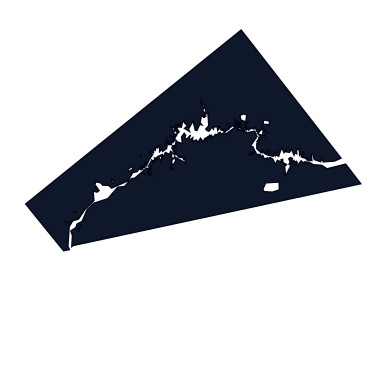 outline of Zemam Out, Al Wadi at Jadid, Egypt, rotated 232°
{"feature_id": "37247803B74353300773864", "entity_name": "Zemam Out", "entity_type": "district", "adm_level": 2, "iso_a3": "EGY", "parent_name": "Egypt", "parent_adm1": "Al Wadi at Jadid", "projection": "albers", "projection_center": [32.566, 23.653], "detail": "fine", "context": "isolated", "style": "filled", "palette": "ink", "viewbox_px": 384, "rotation_deg": 232, "n_neighbors": 0, "source": "geoboundaries", "source_scale": "gbopen_adm2", "svg_char_len": 6150}
<svg xmlns="http://www.w3.org/2000/svg" viewBox="0 0 384 384"><g transform="rotate(232 192 192)"><path d="M240.6,85.9L244.2,96.9L245.7,109.4L253.7,114.7L250.4,117.1L250.4,119.6L257.8,119.9L259.2,122.5L255.6,125.7L252.4,125.9L248.3,130.6L244.7,131.0L240.2,148.4L243.9,157.2L241.8,161.4L243.0,165.1L240.9,165.5L241.0,166.0L242.1,165.5L242.8,166.2L241.0,167.0L244.3,168.2L240.8,167.7L242.2,168.8L239.8,170.0L242.0,170.0L241.1,172.0L243.1,171.7L244.3,171.9L241.8,172.2L244.7,174.4L241.1,172.8L243.6,177.9L244.5,177.4L245.2,177.8L243.9,178.3L245.7,183.8L249.4,182.1L250.2,184.7L248.0,183.8L246.6,185.8L249.4,188.2L247.6,188.9L249.8,191.0L248.1,191.9L249.1,193.2L246.8,193.6L249.2,195.6L243.8,191.4L244.2,194.7L242.2,194.0L241.9,198.7L244.0,201.0L246.4,199.3L244.8,201.4L247.9,201.9L244.8,203.2L251.6,205.8L244.5,204.8L243.7,202.9L242.2,205.3L246.3,207.7L242.8,207.6L243.6,210.5L245.9,209.3L244.2,210.9L245.2,211.9L250.2,208.4L247.3,210.9L248.0,212.6L245.4,212.4L246.6,215.5L249.5,212.9L251.2,216.4L252.7,214.8L256.3,215.7L253.2,217.4L247.1,216.5L247.4,219.0L252.8,218.7L255.8,222.0L253.4,220.5L254.1,222.2L253.4,223.5L252.8,220.0L251.4,219.7L252.7,223.5L251.1,222.1L249.7,223.5L253.1,227.6L252.9,230.4L251.3,228.7L246.9,229.3L246.7,225.3L241.5,227.3L243.7,227.8L247.5,236.7L238.7,232.7L237.5,233.8L240.6,239.8L238.8,241.1L241.7,241.1L246.4,246.4L243.4,247.4L243.3,249.5L245.1,248.0L245.0,250.8L250.2,250.6L250.7,252.8L257.8,254.2L259.5,257.2L256.5,254.6L253.0,255.2L244.8,251.7L244.3,255.4L244.2,253.1L233.8,246.0L233.0,241.0L232.4,242.8L231.2,241.7L229.5,242.8L230.8,247.7L228.4,247.7L229.8,249.1L226.8,254.1L227.3,251.7L224.8,250.3L226.2,254.8L223.2,254.5L224.2,254.0L223.6,252.9L220.9,254.5L222.2,257.0L220.5,254.5L219.2,255.9L218.9,259.9L224.5,262.2L222.9,263.8L219.4,260.5L219.1,267.2L217.9,265.6L216.9,267.8L219.0,268.0L218.4,269.4L220.2,269.0L220.0,270.7L220.7,269.8L223.1,270.0L222.8,270.6L219.7,270.7L219.2,269.4L217.4,270.7L218.0,268.2L215.9,267.8L215.8,271.5L216.2,271.4L217.5,272.2L218.3,273.4L218.2,274.0L215.8,272.7L216.5,272.0L215.6,271.4L215.5,269.4L215.0,268.4L214.6,269.7L215.1,271.0L214.9,271.3L214.3,268.9L212.6,271.7L213.3,269.4L208.2,271.5L212.1,275.3L213.1,279.6L211.1,274.8L207.3,273.1L207.7,276.2L206.0,274.9L205.5,278.9L203.7,279.2L204.7,283.0L203.9,280.3L200.8,281.9L200.5,280.3L197.8,280.7L198.7,284.9L196.8,286.4L199.8,286.3L200.0,288.4L199.7,286.7L195.7,288.0L196.7,286.5L195.1,284.3L192.5,288.0L192.7,285.0L190.1,283.9L194.1,283.6L193.2,282.7L196.6,279.9L192.8,280.3L193.9,278.4L190.8,278.2L192.8,277.4L192.0,275.5L189.8,276.9L191.6,274.3L188.7,274.4L190.2,272.9L186.1,269.7L180.9,270.6L180.3,271.3L182.0,272.8L181.6,273.7L179.5,271.7L178.4,274.5L177.6,273.0L174.9,274.3L178.4,275.7L176.8,275.8L178.0,278.4L176.6,278.5L176.2,275.6L174.8,277.0L174.3,274.7L170.2,278.0L171.7,279.6L169.6,279.8L173.2,282.1L170.8,281.6L170.9,284.0L169.1,281.2L166.9,282.3L171.9,290.1L166.4,288.8L167.5,292.3L165.9,290.8L163.3,293.2L164.6,296.8L158.3,295.2L159.8,297.8L157.9,298.1L160.8,300.2L160.2,303.0L154.8,299.6L155.2,300.9L153.0,300.7L154.8,303.8L152.7,303.8L152.3,299.9L148.4,302.3L149.6,304.1L146.9,302.4L146.5,304.9L145.7,303.1L143.0,305.8L148.6,309.5L147.9,310.8L142.3,308.4L136.8,312.0L138.5,314.8L135.0,314.0L128.7,323.4L127.0,330.2L289.3,330.4L284.9,53.6L224.8,54.7L222.2,59.9L225.6,60.7L240.4,73.9L242.8,80.3L240.6,85.9ZM218.9,274.8L222.9,277.1L221.9,280.8L218.8,282.6L214.1,277.4L218.9,274.8ZM201.7,289.6L204.7,292.8L200.4,296.8L197.3,294.5L201.7,289.6ZM249.4,159.9L246.4,160.0L247.0,154.9L249.0,154.9L249.4,159.9ZM251.1,136.2L249.0,137.3L248.0,135.5L249.7,134.5L251.1,136.2ZM251.2,173.0L253.1,174.3L250.9,174.0L251.2,173.0ZM247.1,74.5L244.9,74.2L246.4,73.4L247.1,74.5ZM248.7,86.3L247.8,88.4L247.2,87.1L248.7,86.3ZM243.8,76.6L242.8,77.7L242.7,76.8L243.8,76.6ZM254.6,117.8L254.9,118.9L254.2,118.4L254.6,117.8ZM223.1,63.8L223.1,65.3L94.7,330.0L119.3,330.2L127.1,312.7L133.1,310.6L138.8,304.4L143.5,302.5L146.6,299.0L145.4,297.4L149.3,297.2L147.8,291.3L149.4,290.3L150.0,292.9L152.0,293.0L151.9,290.9L154.1,291.7L154.2,288.2L156.7,291.8L158.6,290.7L158.5,288.7L154.9,287.9L154.2,285.6L152.0,286.4L146.8,275.4L155.2,280.7L155.4,283.3L159.5,281.7L161.9,283.5L162.5,282.0L160.0,281.4L164.2,278.7L162.3,274.7L168.5,275.8L171.3,274.4L170.6,271.9L172.4,272.5L173.4,269.3L177.2,270.2L178.1,266.4L179.6,268.9L181.8,265.9L184.4,266.7L184.8,261.4L186.7,260.1L185.3,266.6L190.3,267.8L192.1,265.9L195.8,277.3L201.4,278.7L204.6,272.1L211.8,268.1L212.1,266.2L213.6,267.8L216.4,265.9L216.7,255.1L214.6,252.9L218.8,254.5L219.5,250.7L221.7,250.8L222.2,248.8L219.1,245.9L221.2,247.6L222.9,246.0L222.1,241.9L225.3,242.3L222.6,240.5L225.5,240.8L224.1,239.1L225.6,239.5L225.9,236.3L223.7,235.1L226.1,234.9L224.8,231.6L229.1,231.8L227.3,227.2L230.3,227.4L231.4,223.5L234.3,225.9L234.1,222.9L236.0,222.6L237.8,225.9L236.8,220.6L239.3,219.6L240.5,221.9L243.0,221.9L241.9,217.8L236.0,214.2L239.7,211.8L238.0,211.0L239.4,209.5L240.8,211.2L242.2,211.2L239.0,207.5L240.2,205.2L235.9,207.5L239.5,204.8L237.5,203.8L239.8,203.5L234.6,202.4L234.4,205.1L232.7,204.0L233.8,201.1L231.9,201.2L231.0,203.2L227.8,203.0L227.0,205.5L225.8,205.6L226.8,203.9L225.9,204.4L225.6,206.1L222.5,205.5L222.7,206.9L218.7,204.7L230.2,200.0L226.6,198.4L225.2,194.9L226.4,193.0L229.5,195.6L229.8,198.4L232.0,196.9L235.5,200.7L237.2,200.2L235.5,197.4L239.5,195.3L236.6,190.7L239.7,191.8L240.6,188.4L238.6,190.0L234.5,186.3L240.7,187.5L241.1,184.0L239.1,183.6L241.5,183.2L239.9,182.3L240.7,180.6L238.0,180.9L241.4,180.0L239.6,179.4L241.3,178.9L239.2,173.8L237.9,175.6L236.7,174.3L238.0,172.7L235.7,174.2L235.0,171.7L231.2,172.0L235.0,171.4L235.2,169.7L236.8,172.6L238.7,170.6L238.1,155.5L239.7,152.5L237.8,142.3L241.4,136.4L238.5,121.6L243.6,107.5L242.6,98.6L236.4,87.3L237.5,81.7L235.4,78.7L235.8,72.6L231.2,71.0L223.1,63.8ZM153.9,255.7L146.2,266.9L139.8,262.1L142.3,255.3L147.9,249.0L150.6,249.4L153.9,255.7ZM234.5,85.9L232.1,80.1L230.4,78.1L233.1,79.5L234.5,85.9ZM224.0,189.4L224.8,191.2L221.5,191.1L221.6,190.3L224.0,189.4ZM238.4,164.3L235.5,166.4L235.0,165.2L238.4,164.3ZM233.8,169.7L230.0,170.3L232.6,168.2L233.8,169.7Z" fill="#0f172a" stroke="#020617" stroke-width="1.5"/></g></svg>